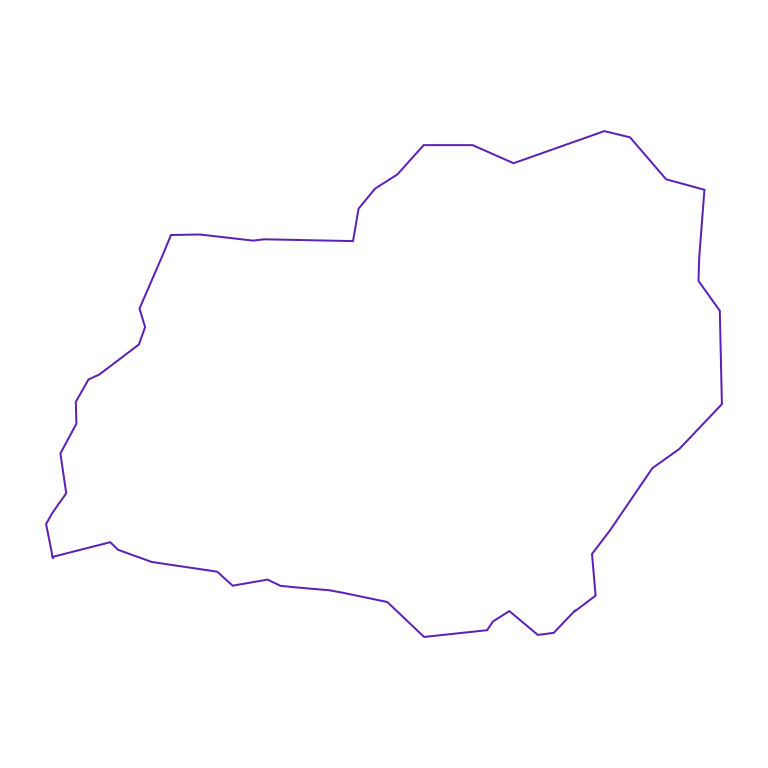 outline of Batsu'mber, Töv, Mongolia
{"feature_id": "93677404B9757531437385", "entity_name": "Batsu'mber", "entity_type": "district", "adm_level": 2, "iso_a3": "MNG", "parent_name": "Mongolia", "parent_adm1": "Töv", "projection": "mercator", "projection_center": [106.756, 48.416], "detail": "fine", "context": "isolated", "style": "outline", "palette": "violet", "viewbox_px": 768, "rotation_deg": 0, "n_neighbors": 0, "source": "geoboundaries", "source_scale": "gbopen_adm2", "svg_char_len": 1334}
<svg xmlns="http://www.w3.org/2000/svg" viewBox="0 0 768 768"><path d="M704.5,189.8L666.1,179.3L630.1,137.4L604.3,131.1L585.2,137.9L568.7,143.7L513.5,163.2L472.5,145.1L423.7,145.1L397.4,174.4L375.1,188.6L358.6,208.6L353.0,241.1L264.4,239.3L253.0,240.6L199.7,234.5L171.0,235.0L163.0,254.3L139.5,308.6L145.1,327.1L138.9,344.5L99.3,374.5L88.5,379.5L75.8,401.9L76.4,423.7L60.4,453.5L66.2,493.0L64.1,496.4L59.6,502.5L52.0,513.5L46.1,524.0L48.3,535.1L51.8,552.7L52.4,557.5L52.9,557.7L52.7,556.9L53.0,556.8L92.1,546.8L110.2,542.2L115.2,547.0L116.4,548.1L118.1,549.8L134.8,555.9L135.6,556.1L151.6,561.9L152.0,562.0L168.0,564.4L178.8,566.0L217.2,571.7L225.5,579.2L225.7,579.4L232.7,585.7L232.9,585.7L234.3,585.4L251.5,582.4L254.4,581.9L267.5,579.6L268.2,579.9L276.9,584.1L280.6,585.9L281.0,585.9L295.2,587.3L301.4,587.8L309.5,588.6L328.9,590.2L343.2,592.8L357.8,595.9L387.2,602.0L393.1,607.5L421.1,634.1L424.1,636.9L424.6,636.9L447.8,634.4L487.1,630.2L489.6,626.5L491.6,623.5L493.0,621.4L507.4,612.3L508.5,611.6L508.9,611.4L509.3,611.1L512.1,613.4L537.8,634.9L545.1,634.0L546.6,633.8L553.8,632.8L568.8,617.0L572.2,613.5L574.8,610.8L574.9,611.1L575.0,611.2L595.6,595.6L592.0,554.0L610.1,530.2L652.5,468.0L679.3,449.0L721.9,404.1L719.8,310.8L698.5,280.9L699.2,257.7L704.4,190.3L704.5,189.8Z" fill="none" stroke="#5b21b6" stroke-width="2"/></svg>